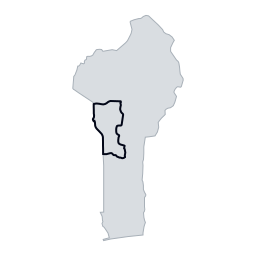 where Donga sits in Benin
{"feature_id": "BEN-2182", "entity_name": "Donga", "entity_type": "Department", "adm_level": 1, "iso_a3": "BEN", "parent_name": "Benin", "parent_adm1": "", "projection": "orthographic", "projection_center": [1.891, 9.258], "detail": "fine", "context": "in_parent", "style": "outline", "palette": "ink", "viewbox_px": 256, "rotation_deg": 0, "n_neighbors": 0, "source": "natural_earth", "source_scale": "10m", "svg_char_len": 3614}
<svg xmlns="http://www.w3.org/2000/svg" viewBox="0 0 256 256"><path d="M103.6,240.6L103.2,239.4L109.3,237.8L108.0,233.0L104.2,227.3L102.8,226.3L102.0,223.5L102.9,221.6L102.5,220.4L102.2,216.5L100.3,212.3L103.7,212.1L103.7,198.6L103.7,185.5L103.7,174.4L103.7,165.6L103.1,155.1L103.0,147.4L102.9,137.2L101.7,134.0L96.5,128.6L95.2,125.8L94.9,122.1L93.8,118.2L93.7,111.6L93.6,103.8L93.2,102.5L87.7,98.8L79.8,93.6L73.9,89.5L73.4,89.3L72.8,88.3L73.8,76.4L75.0,74.9L76.9,70.0L77.8,66.1L78.7,66.1L79.9,64.9L80.9,63.0L81.9,63.4L83.7,63.8L84.5,63.1L84.3,61.7L84.9,60.2L86.3,59.5L86.6,58.2L86.7,56.7L87.8,56.3L89.8,56.4L91.5,55.9L92.8,55.1L94.5,52.1L95.5,51.0L95.8,50.3L96.7,49.6L99.4,49.3L101.6,49.5L102.9,51.3L112.2,49.7L116.6,50.6L125.5,42.9L127.5,40.7L130.3,35.2L131.2,33.2L132.0,29.4L130.2,22.5L130.3,21.3L134.0,19.8L138.6,18.6L140.4,18.5L141.6,18.0L143.3,16.5L146.0,15.4L147.6,15.7L148.6,15.9L158.3,25.0L162.6,29.6L163.7,32.0L165.9,33.7L169.1,34.7L172.1,37.0L174.3,40.3L172.9,42.7L170.6,47.6L170.6,51.4L176.0,59.3L176.6,60.1L178.1,61.4L178.8,62.8L179.5,66.8L179.9,71.2L180.3,74.2L183.0,78.4L183.2,80.1L181.4,86.3L180.9,87.0L180.5,87.2L177.7,86.7L176.5,87.4L174.9,89.5L174.0,91.6L174.0,92.5L176.5,96.4L174.9,102.1L173.3,105.7L170.5,107.7L167.9,108.2L166.1,109.2L165.0,110.4L165.2,114.5L161.4,118.2L159.3,120.8L158.2,122.4L158.7,127.2L157.4,132.0L155.0,135.9L149.7,136.7L145.3,137.2L143.8,146.9L143.8,153.1L143.5,159.4L142.7,161.9L143.0,165.5L142.7,173.7L142.1,180.1L142.9,181.8L143.4,185.6L143.4,189.5L144.5,192.2L145.8,194.6L145.7,195.8L145.1,196.6L144.5,197.6L144.5,206.8L144.8,209.5L144.4,211.3L143.5,212.7L143.9,217.4L144.6,220.4L145.4,222.5L144.7,224.4L144.0,226.8L143.0,232.9L143.0,235.0L127.7,236.6L110.7,239.0L103.6,240.6Z" fill="#d9dde1" stroke="#a8b0b8" stroke-width="1"/><path d="M93.9,121.3L93.4,120.8L93.0,119.9L92.9,119.2L93.1,118.7L93.7,117.7L93.9,117.2L94.0,116.9L94.0,116.1L94.0,115.8L94.1,115.3L93.8,113.6L93.8,110.8L93.7,106.8L93.7,104.1L94.1,103.9L96.2,103.5L97.7,103.6L99.4,103.8L101.0,104.1L103.2,104.4L105.1,104.0L106.6,103.2L107.8,102.2L109.0,101.5L110.4,101.0L120.6,101.3L120.9,102.0L120.8,102.4L120.4,103.0L120.8,104.8L120.8,105.5L120.5,106.5L120.2,108.5L120.2,109.1L120.2,109.6L120.9,111.6L121.0,111.8L121.4,112.5L122.2,113.3L122.8,113.8L123.1,114.5L123.1,115.0L121.7,124.4L121.6,124.9L121.4,125.1L121.2,125.3L120.9,125.5L120.7,125.5L119.2,125.5L118.3,125.6L117.7,125.7L117.5,125.8L117.3,125.9L116.9,126.2L116.4,127.7L116.2,129.0L116.2,131.1L116.3,132.2L116.5,133.0L116.7,133.5L117.0,133.8L117.2,134.0L117.4,134.2L117.6,134.4L118.7,134.9L118.8,135.0L119.1,135.4L119.1,135.7L119.1,135.9L119.1,136.1L118.8,136.9L118.5,137.7L118.4,139.0L118.3,139.4L118.2,141.2L118.3,141.8L118.4,142.5L118.5,142.9L118.7,143.1L118.9,143.4L119.1,143.7L119.4,143.9L119.8,144.1L120.5,144.5L124.1,145.5L124.3,145.6L124.6,145.9L124.3,147.2L124.1,148.3L124.4,148.7L124.7,149.2L125.3,152.5L124.8,155.6L125.0,156.5L125.0,157.1L124.4,157.5L124.1,157.7L123.7,157.9L123.1,158.1L122.2,158.2L121.8,158.1L120.8,157.7L120.4,157.6L119.5,157.6L119.3,157.6L119.1,157.5L118.7,157.2L117.5,156.8L117.1,156.6L116.8,156.4L116.6,156.1L116.0,155.4L115.9,155.3L115.7,155.2L115.4,155.1L114.3,155.1L114.0,155.1L113.8,155.0L113.6,155.0L113.5,154.9L113.3,154.8L112.3,153.7L112.1,153.5L111.8,153.3L111.4,153.1L111.2,153.1L110.7,153.1L110.1,153.2L107.0,154.0L106.6,154.1L106.4,154.1L105.7,154.1L103.8,154.1L103.1,154.0L103.1,149.1L103.0,145.7L103.0,141.8L102.9,137.2L102.7,136.2L102.4,135.3L101.7,134.0L99.5,131.6L96.6,128.6L96.4,128.3L95.7,127.2L95.2,125.8L94.9,122.1L94.5,121.0L93.9,121.3Z" fill="none" stroke="#020617" stroke-width="2"/></svg>